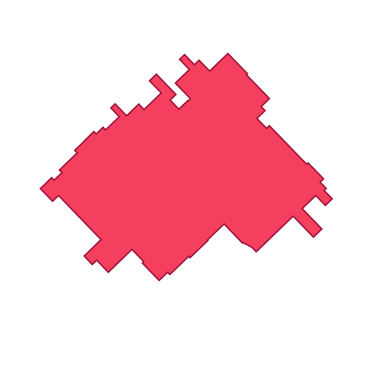 outline of Cue, Western Australia, Australia, rotated 136°
{"feature_id": "25037944B79165272170091", "entity_name": "Cue", "entity_type": "district", "adm_level": 2, "iso_a3": "AUS", "parent_name": "Australia", "parent_adm1": "Western Australia", "projection": "equal_earth", "projection_center": [117.893, -27.226], "detail": "fine", "context": "isolated", "style": "filled", "palette": "rose", "viewbox_px": 384, "rotation_deg": 136, "n_neighbors": 0, "source": "geoboundaries", "source_scale": "gbopen_adm2", "svg_char_len": 2072}
<svg xmlns="http://www.w3.org/2000/svg" viewBox="0 0 384 384"><g transform="rotate(136 192 192)"><path d="M82.9,199.8L82.9,205.4L71.4,205.4L71.5,238.6L69.9,238.6L70.0,250.3L70.0,263.6L70.0,266.7L80.7,266.7L86.5,266.7L95.3,266.7L95.4,281.9L96.0,281.9L101.9,281.9L101.9,296.0L108.8,296.0L108.8,281.9L111.5,281.9L113.5,281.9L115.5,281.9L118.2,281.9L120.9,281.9L122.2,281.9L125.6,281.9L128.3,281.9L128.3,273.3L128.3,272.8L128.3,260.1L131.7,260.1L131.7,260.7L143.9,260.7L143.9,272.0L143.9,272.5L143.9,273.3L139.5,273.3L137.3,273.3L135.8,273.3L135.8,301.5L145.3,301.5L145.3,284.6L151.9,284.6L154.1,284.6L159.5,284.6L163.8,284.6L164.4,284.6L169.2,284.6L169.2,292.2L178.8,292.2L186.1,292.2L186.1,295.2L186.1,298.4L186.1,308.8L192.0,308.8L192.0,296.7L207.3,296.7L208.1,296.7L211.1,296.7L211.0,300.3L216.1,300.3L220.6,300.3L220.6,302.9L220.6,303.6L221.6,303.6L233.2,303.6L233.2,303.4L247.4,303.4L247.4,299.9L252.5,299.9L264.0,299.9L272.1,299.9L272.1,296.3L278.5,296.3L283.1,296.3L283.0,299.8L298.7,299.8L298.7,282.2L290.4,282.2L290.5,255.1L290.5,234.5L290.5,230.2L290.5,220.9L314.0,220.9L314.1,209.2L312.0,209.1L310.0,209.1L307.9,209.1L308.0,192.4L306.5,192.4L301.4,192.4L295.5,192.4L294.1,192.4L282.4,192.4L275.1,192.4L275.1,175.4L277.1,175.4L277.1,170.9L277.1,164.3L277.1,151.2L265.3,151.2L265.3,148.0L239.1,148.0L239.1,146.1L226.7,146.1L223.9,146.1L222.4,146.1L214.3,146.1L214.3,146.7L212.6,146.7L208.4,146.7L194.8,146.7L194.0,146.7L191.8,146.7L191.1,146.7L191.2,120.3L190.5,120.3L190.0,118.5L189.1,116.1L188.6,114.7L188.0,112.7L187.5,110.7L187.3,109.5L187.3,108.8L187.3,108.6L187.3,107.8L187.3,107.0L187.4,104.4L179.6,104.4L176.8,104.4L163.8,104.4L156.6,104.4L145.3,104.4L136.0,104.4L136.0,100.1L136.0,88.0L136.0,75.2L124.3,75.2L124.3,96.0L124.3,103.5L105.4,103.5L105.4,89.7L104.7,89.7L103.3,89.7L96.6,89.7L96.1,89.7L95.9,89.7L95.9,101.3L93.0,101.3L93.0,103.8L93.0,110.1L88.2,110.1L88.3,132.3L90.2,132.3L90.3,141.3L90.3,142.1L90.3,186.0L92.9,186.0L94.2,186.0L94.2,187.4L94.2,196.0L94.2,199.8L87.5,199.8L82.9,199.8Z" fill="#f43f5e" stroke="#9f1239" stroke-width="1.5"/></g></svg>